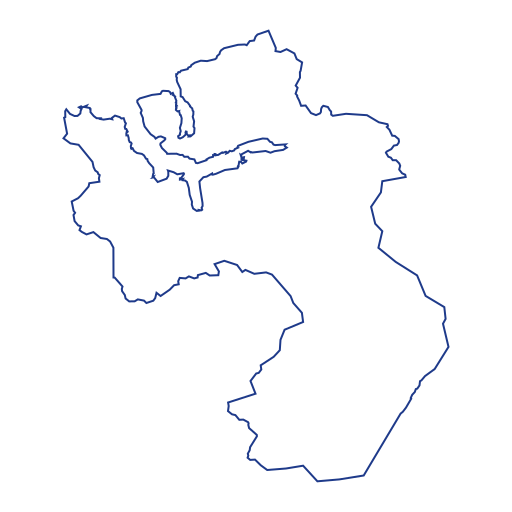 Rauma nor, Møre og Romsdal, Norway (orthographic projection)
{"feature_id": "86288312B59453092590792", "entity_name": "Rauma nor", "entity_type": "district", "adm_level": 2, "iso_a3": "NOR", "parent_name": "Norway", "parent_adm1": "Møre og Romsdal", "projection": "orthographic", "projection_center": [7.589, 62.442], "detail": "fine", "context": "isolated", "style": "outline", "palette": "blue", "viewbox_px": 512, "rotation_deg": 0, "n_neighbors": 0, "source": "geoboundaries", "source_scale": "gbopen_adm2", "svg_char_len": 6017}
<svg xmlns="http://www.w3.org/2000/svg" viewBox="0 0 512 512"><path d="M267.2,470.0L286.0,468.5L303.1,465.7L317.4,481.3L339.4,479.4L363.7,475.5L400.6,413.6L402.8,411.8L406.0,407.6L411.2,398.7L410.7,398.1L412.2,394.8L414.8,392.0L415.8,389.1L417.3,388.6L419.5,385.4L420.0,381.2L421.4,380.4L425.0,376.1L434.7,369.0L448.5,346.9L443.0,323.7L445.6,318.9L444.3,307.1L425.6,295.9L417.1,275.4L395.7,261.9L378.4,247.8L382.3,231.2L375.2,223.7L371.1,206.8L380.9,192.4L382.3,181.2L405.7,177.0L405.2,174.7L402.1,173.3L399.5,170.0L399.2,169.4L400.2,165.8L399.3,163.5L396.1,160.2L392.7,160.2L390.9,157.7L388.3,156.7L385.9,152.7L386.6,151.6L391.3,149.1L393.9,145.6L397.0,145.0L398.6,142.9L399.0,141.3L398.6,139.1L394.8,135.9L392.2,135.7L389.4,129.7L386.8,127.0L388.0,125.9L387.5,124.2L378.9,122.3L367.0,115.2L346.0,113.8L332.8,115.8L331.2,114.6L331.1,111.5L329.8,110.2L327.9,107.0L323.3,105.8L321.8,107.3L321.1,109.1L320.9,112.0L320.0,113.4L316.0,115.1L311.0,113.1L305.6,105.5L301.1,105.8L299.2,100.6L297.1,96.5L297.2,95.5L295.6,93.7L297.6,87.8L295.7,85.6L300.0,77.7L299.9,72.1L300.6,70.8L302.1,62.4L296.7,59.1L294.4,53.4L286.6,49.2L280.5,52.0L275.5,51.1L275.8,47.9L268.5,30.7L257.5,34.5L255.6,36.6L254.1,40.5L249.7,41.1L246.7,45.2L244.9,44.5L238.0,44.8L224.1,48.2L221.1,50.3L220.0,52.0L219.5,54.0L217.1,56.1L216.5,58.1L215.1,59.2L207.1,61.1L200.8,60.7L194.8,62.7L191.2,65.2L190.8,66.5L188.3,67.6L187.7,69.1L181.0,70.7L179.8,72.3L178.4,72.1L177.2,74.2L176.2,74.2L176.2,76.7L176.9,77.6L176.7,79.9L177.2,82.0L180.6,89.2L180.7,96.4L182.6,97.1L185.2,101.2L187.6,102.4L190.1,105.8L190.0,106.4L192.2,108.4L192.7,110.7L193.4,111.4L193.3,114.6L192.7,116.7L194.1,121.3L193.5,126.6L194.5,128.1L194.1,133.3L190.5,136.4L188.8,136.5L189.4,135.4L188.1,135.5L186.7,133.8L186.6,131.7L185.9,131.5L185.5,132.5L185.8,133.9L185.3,135.0L182.7,137.3L180.0,138.5L178.5,137.8L178.1,136.2L180.0,134.7L179.9,133.7L180.7,131.1L179.9,127.9L181.4,123.1L181.7,118.3L180.7,115.1L180.0,114.9L179.2,111.7L178.7,111.5L178.9,111.1L177.6,111.4L175.9,109.9L176.1,107.8L176.5,107.8L176.5,106.1L176.0,106.1L176.0,105.2L176.4,105.2L176.1,104.8L176.3,102.9L175.8,102.6L176.4,100.9L175.0,97.3L175.2,96.5L173.1,95.1L173.6,94.7L172.8,92.9L170.8,93.9L170.1,92.2L168.6,91.1L163.0,90.8L161.9,91.3L160.5,93.9L152.0,94.9L139.8,98.4L137.3,100.4L137.3,102.2L141.5,109.8L141.6,110.8L140.7,112.9L142.9,117.9L143.2,121.4L144.6,126.5L150.6,134.2L154.5,136.9L155.6,138.6L158.5,136.8L160.9,136.4L165.2,138.2L165.3,139.1L164.4,140.3L160.5,143.4L160.3,144.8L161.9,148.0L166.8,152.8L167.1,153.8L176.6,153.7L180.1,155.0L182.6,154.9L184.3,156.8L187.9,156.7L189.5,158.6L194.4,159.4L195.9,162.9L197.6,163.2L206.5,160.2L206.4,159.5L209.4,157.7L213.0,156.8L213.1,155.1L214.6,155.3L214.6,154.0L215.6,154.1L216.1,155.2L218.2,154.9L222.2,152.4L222.8,152.9L226.0,151.7L226.8,152.2L226.4,153.4L228.2,152.6L229.7,150.8L231.8,151.3L234.2,150.4L234.8,149.1L237.7,147.8L237.3,147.6L238.1,145.8L248.5,141.8L262.7,138.5L267.4,138.8L270.0,141.8L271.9,142.3L273.5,144.6L275.2,145.1L285.6,144.4L284.7,145.2L284.8,146.2L286.8,147.6L283.1,149.9L274.5,151.2L270.5,152.7L265.6,151.0L252.5,152.5L250.2,151.8L251.2,152.4L250.9,152.5L248.1,150.8L241.2,154.5L241.5,154.9L241.3,155.3L240.7,154.9L241.5,157.6L244.0,157.2L243.8,158.5L241.5,158.8L241.5,159.8L246.4,160.7L246.1,161.6L242.3,163.5L241.1,161.9L239.2,161.7L238.5,165.8L238.1,165.9L237.9,166.4L238.4,166.7L237.5,168.3L224.9,170.0L216.0,173.8L212.8,174.7L212.2,174.6L212.1,173.5L206.7,176.6L203.4,177.2L199.4,181.5L200.1,188.1L202.5,202.9L202.6,206.0L201.6,207.8L202.2,209.7L201.5,210.3L198.8,210.5L199.2,210.0L198.6,209.9L198.7,210.7L196.7,210.9L193.1,208.5L191.8,204.6L192.0,201.7L189.7,194.9L188.8,187.9L186.9,181.9L185.0,180.5L182.4,180.2L182.3,179.7L182.8,179.0L179.9,179.6L179.9,178.3L181.2,177.9L183.6,174.7L184.0,173.9L183.6,173.2L177.3,174.3L173.6,172.2L167.9,170.5L168.3,171.7L168.3,175.8L166.6,178.7L157.7,182.0L153.9,177.3L153.3,177.4L153.8,177.0L153.2,177.2L153.5,176.7L152.6,177.1L153.4,176.3L153.2,175.7L153.3,176.3L152.7,176.4L153.2,173.8L153.7,173.4L153.2,167.5L149.1,163.1L147.6,160.8L147.3,159.1L146.0,158.7L144.0,155.4L141.9,153.9L137.0,153.0L134.0,150.9L132.7,148.4L131.6,148.8L131.6,148.0L131.0,148.0L130.8,146.1L131.6,143.5L131.0,142.5L129.7,142.1L128.8,140.0L128.7,138.1L127.9,135.3L126.4,135.4L126.3,133.7L126.8,131.3L127.2,132.2L127.7,131.7L126.3,129.0L125.2,128.8L124.7,126.9L125.9,123.3L125.1,122.5L123.7,118.2L121.4,118.5L119.7,117.1L115.0,115.6L111.9,117.9L112.3,119.3L109.8,118.7L103.6,119.6L100.2,119.0L100.6,118.3L96.6,118.2L93.8,116.1L90.5,112.2L90.5,109.2L90.1,109.2L89.8,108.0L85.6,107.2L86.6,105.7L82.6,107.3L81.1,106.3L79.0,107.3L81.5,109.0L80.7,110.7L80.3,113.5L77.5,115.9L74.5,116.0L70.0,113.9L66.3,109.3L65.2,111.2L65.3,117.1L64.1,117.7L67.1,133.7L63.5,138.3L70.4,143.4L78.6,144.8L92.5,161.9L93.6,167.2L95.2,170.5L97.7,172.3L98.2,173.9L99.7,175.1L98.9,178.2L99.4,181.7L89.3,183.2L88.6,186.5L80.7,195.7L78.1,198.2L71.7,201.5L73.6,210.8L75.1,212.8L73.5,215.0L74.6,221.1L78.2,225.4L80.9,226.3L79.5,230.1L81.8,231.9L86.5,234.4L93.4,232.1L100.6,238.0L106.9,239.0L110.1,241.5L113.4,247.7L113.5,277.5L114.7,277.6L122.5,286.5L121.8,289.0L122.1,291.2L124.8,295.0L125.6,298.5L129.2,301.4L134.7,301.3L137.8,299.4L144.0,300.6L146.4,303.0L153.3,300.7L155.2,298.1L156.5,292.8L160.6,296.0L169.7,289.7L174.1,285.2L178.7,284.3L178.2,281.2L179.7,277.9L185.6,278.4L188.9,276.4L194.2,278.4L197.6,277.5L197.9,275.1L205.8,272.9L209.7,275.5L218.3,275.2L218.9,271.4L214.6,264.1L224.3,260.8L237.1,265.0L242.3,272.0L245.4,269.9L254.3,273.8L266.1,272.4L272.0,274.6L290.6,296.1L293.3,303.0L301.9,312.8L303.1,322.0L284.6,329.7L280.5,339.8L279.8,350.2L273.7,356.8L260.7,365.3L261.3,369.5L258.7,372.9L256.2,373.5L250.5,381.0L255.5,393.7L228.1,402.5L228.7,406.0L228.0,411.1L232.0,414.3L235.4,415.1L239.3,419.8L243.3,419.6L248.1,422.2L248.6,423.3L248.3,424.9L249.1,428.1L256.8,434.9L256.9,436.3L250.1,447.2L249.7,450.2L247.8,453.7L248.3,455.6L247.6,457.7L250.2,459.9L255.0,459.6L260.8,465.3L267.2,470.0Z" fill="none" stroke="#1e3a8a" stroke-width="2"/></svg>